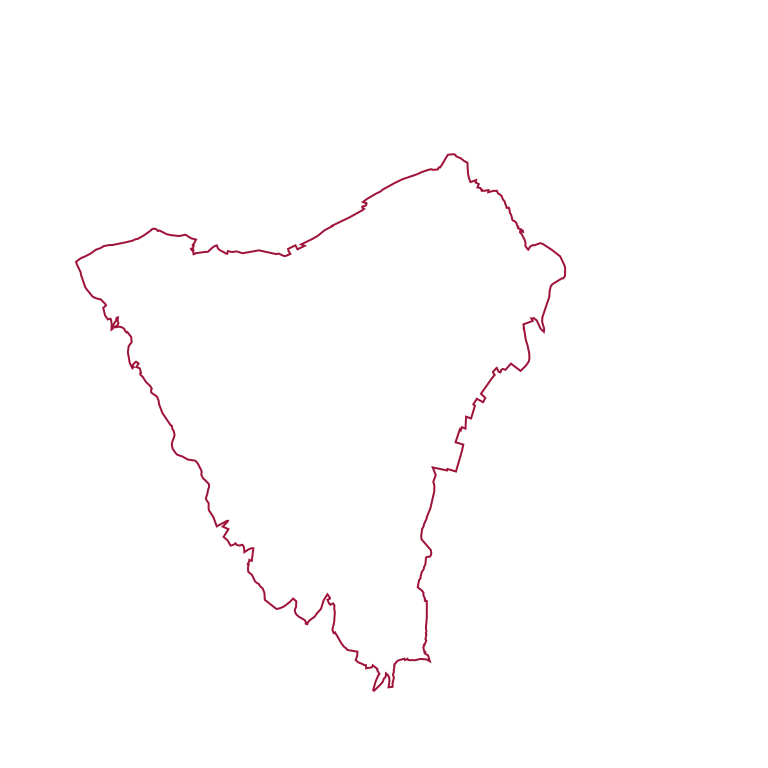 the district of Acatari, Mures, Romania, rotated 59°
{"feature_id": "2599482B54734654419593", "entity_name": "Acatari", "entity_type": "district", "adm_level": 2, "iso_a3": "ROU", "parent_name": "Romania", "parent_adm1": "Mures", "projection": "mercator", "projection_center": [24.657, 46.46], "detail": "fine", "context": "isolated", "style": "outline", "palette": "rose", "viewbox_px": 768, "rotation_deg": 59, "n_neighbors": 0, "source": "geoboundaries", "source_scale": "gbopen_adm2", "svg_char_len": 6141}
<svg xmlns="http://www.w3.org/2000/svg" viewBox="0 0 768 768"><g transform="rotate(59 384 384)"><path d="M521.4,592.1L522.5,589.3L523.2,584.3L522.3,576.9L521.1,572.4L525.1,571.1L529.8,574.2L531.3,576.4L532.9,577.5L536.1,577.9L539.3,577.0L545.5,573.6L547.6,573.6L549.2,574.5L550.4,573.5L549.2,572.1L548.2,569.2L547.8,563.5L546.1,559.7L544.3,553.8L538.2,547.0L535.1,540.8L539.6,540.5L540.1,540.9L539.8,543.6L544.2,544.1L544.4,543.7L545.6,543.7L545.9,540.6L548.5,540.6L550.5,542.2L554.3,543.7L562.1,549.1L568.1,554.8L571.5,555.4L571.8,553.9L572.6,554.4L573.2,553.9L584.8,554.1L588.8,553.6L591.2,552.5L593.1,552.4L599.7,544.6L603.3,547.1L606.0,550.4L609.4,549.4L613.0,546.6L614.7,545.9L615.7,544.3L618.5,545.7L620.4,540.9L620.5,540.0L619.3,538.5L624.9,536.4L625.6,537.2L630.2,537.2L630.8,539.0L635.0,544.8L640.9,551.0L641.8,550.5L640.0,542.6L638.6,538.4L636.4,535.7L636.1,534.0L635.4,533.0L633.1,531.4L635.3,530.6L638.4,530.7L641.6,532.4L646.3,536.3L648.0,532.6L644.7,530.6L641.0,526.9L637.6,525.9L635.8,523.8L634.1,522.9L631.6,520.6L630.7,520.5L629.4,518.8L629.6,518.6L628.5,516.1L628.3,514.2L629.9,508.1L631.5,508.2L631.6,505.4L633.2,505.4L636.8,499.5L638.5,494.2L642.0,489.4L645.3,487.5L639.2,486.0L637.1,487.3L635.4,487.8L635.0,486.6L633.3,487.1L630.1,485.9L629.5,485.5L629.0,484.1L628.1,484.1L627.8,482.7L625.6,479.8L624.1,479.9L620.5,476.7L619.2,476.6L618.0,475.1L614.8,473.8L606.4,467.7L592.1,459.1L590.9,460.6L589.9,460.2L589.7,459.6L589.2,459.4L585.5,459.1L583.1,457.6L580.6,457.9L575.6,459.8L570.1,454.9L569.4,452.7L568.6,452.4L564.8,448.7L563.1,445.3L561.5,443.9L560.0,441.5L554.5,437.5L554.3,436.5L555.6,433.5L554.8,431.9L553.6,430.7L550.4,429.4L536.6,431.8L533.4,430.4L527.9,426.0L526.7,423.7L524.8,422.0L521.9,417.6L518.8,414.2L514.6,408.4L502.0,396.3L497.3,393.3L493.2,392.1L488.6,386.5L480.6,385.2L490.6,374.5L489.5,373.4L496.1,367.4L481.0,351.1L479.7,350.0L476.8,347.2L470.8,352.7L461.9,342.3L463.3,342.1L461.1,339.6L464.2,337.1L454.3,330.5L458.4,327.1L449.4,317.2L447.4,317.9L444.5,312.0L450.6,308.5L448.1,304.3L442.3,305.9L434.7,288.7L433.2,284.4L430.8,284.7L429.6,284.2L429.0,281.5L428.4,280.5L428.3,279.0L432.5,279.5L434.0,278.2L432.2,276.2L432.4,274.3L434.4,272.5L431.9,264.7L443.1,260.2L441.3,252.8L439.5,248.7L437.3,246.4L432.7,243.8L424.9,241.1L419.1,239.7L411.6,236.6L408.5,235.8L408.7,235.4L404.7,233.8L406.5,224.0L403.7,224.0L404.7,222.3L404.6,221.7L408.3,220.3L417.3,221.3L421.6,220.1L419.2,218.3L412.1,216.4L408.4,213.9L394.3,197.3L389.8,194.3L386.1,190.6L385.4,188.9L385.1,186.6L385.1,177.0L385.7,176.4L385.3,174.5L384.4,173.1L377.7,168.9L375.6,168.3L366.4,167.3L365.2,167.3L355.5,171.0L345.5,175.9L343.7,177.6L342.6,183.5L341.5,185.2L341.5,188.1L343.2,191.0L342.4,191.5L338.4,191.7L336.3,190.2L333.0,189.2L326.7,188.8L323.8,189.3L323.0,188.5L323.1,188.1L325.2,186.5L324.2,186.1L322.0,186.9L319.6,188.9L319.0,188.8L318.3,187.9L316.8,188.3L314.3,187.6L311.6,188.2L310.3,189.3L309.3,189.4L304.9,188.0L301.9,187.8L297.9,186.2L296.9,186.3L296.6,187.8L296.2,188.1L289.3,186.6L287.1,187.0L283.0,186.3L279.2,188.1L276.6,187.7L276.1,188.1L276.1,188.7L274.8,190.7L273.3,195.9L271.6,194.6L270.0,198.7L268.8,200.6L267.9,199.9L267.2,200.7L265.8,200.4L263.6,202.6L261.5,199.8L258.5,201.7L256.6,200.0L255.5,205.9L250.7,205.0L246.4,203.4L237.2,198.5L234.2,200.4L230.0,202.0L226.2,204.8L224.2,204.8L222.7,206.2L220.4,211.3L226.5,222.6L227.3,224.6L226.6,225.2L226.7,225.7L227.8,227.5L225.6,231.8L224.2,232.9L223.2,236.0L221.8,242.6L221.3,247.4L218.0,262.7L217.2,271.2L216.7,285.2L217.2,287.8L216.7,293.0L216.6,303.3L217.1,308.3L218.9,307.1L219.6,305.9L220.8,306.3L221.5,307.6L221.6,308.8L220.7,311.0L220.9,311.5L222.2,311.7L223.7,310.9L223.9,313.0L223.4,327.8L221.6,346.9L222.1,346.8L221.6,355.7L222.8,363.7L222.8,370.2L221.7,383.1L224.7,380.8L224.0,388.8L219.5,388.5L218.8,396.6L220.7,397.3L224.3,397.3L223.6,402.4L222.5,404.1L218.0,407.0L217.2,409.5L205.0,422.4L199.1,437.9L194.3,442.2L192.7,446.2L189.7,449.4L191.7,451.4L191.4,451.8L184.1,456.1L181.7,456.4L179.1,455.9L178.6,457.5L178.7,460.8L180.0,466.9L178.7,469.2L174.8,478.3L175.0,479.6L174.7,480.4L171.0,478.9L170.3,479.8L168.7,479.9L168.6,479.5L170.4,478.2L169.0,477.7L167.6,476.0L166.7,476.6L166.2,476.3L166.0,475.0L163.4,470.7L159.9,474.2L153.8,477.3L151.6,483.5L146.7,489.9L143.8,493.0L136.8,497.4L136.5,499.0L134.8,499.2L133.0,500.3L131.8,502.5L132.5,506.9L133.0,514.5L132.7,520.7L131.9,522.6L131.6,525.8L129.6,532.2L124.9,545.5L123.6,547.5L121.5,553.1L121.5,557.2L120.5,561.6L121.1,568.4L120.6,575.5L120.0,578.7L120.6,585.0L122.8,585.6L132.1,586.5L134.3,587.5L146.7,590.1L148.9,590.2L159.3,588.7L162.6,586.3L165.6,583.2L172.4,581.6L173.4,581.7L174.2,585.5L181.4,587.7L182.8,587.7L186.5,587.4L187.1,584.9L188.4,584.9L192.7,586.7L197.0,589.6L196.9,588.1L194.3,586.3L191.5,580.9L189.6,579.2L189.8,577.8L192.8,579.9L195.0,580.2L196.5,582.4L196.2,585.4L196.9,585.5L198.5,581.4L200.6,579.3L203.0,578.2L204.8,578.6L207.3,578.1L207.3,577.2L213.5,576.5L218.2,578.8L220.0,583.3L224.9,587.2L235.0,591.1L240.9,591.6L240.6,589.7L239.4,590.2L238.3,589.6L237.3,586.5L237.2,585.1L240.0,583.8L242.0,587.5L244.7,585.3L249.3,586.5L249.3,587.5L250.5,588.0L253.9,587.1L259.6,587.0L265.4,585.4L268.5,585.5L269.3,586.9L271.6,587.9L277.8,585.1L282.4,585.8L285.3,587.2L294.8,588.9L309.8,588.1L310.4,587.4L313.9,588.6L316.2,588.5L319.7,589.7L321.3,591.2L324.7,595.5L327.0,597.3L330.7,598.5L335.9,598.2L338.2,597.6L342.5,594.0L347.7,591.1L352.3,585.5L354.2,584.8L357.3,584.6L363.9,585.1L365.5,585.6L367.6,587.3L371.2,587.7L379.1,585.7L380.3,585.9L382.6,587.4L384.0,589.2L387.6,592.4L390.2,595.6L392.6,596.0L395.9,595.7L400.6,598.6L402.3,599.1L410.3,598.8L419.9,600.7L420.4,589.2L420.9,588.3L421.6,589.3L423.2,595.7L428.3,592.1L432.5,600.3L437.3,598.6L443.1,598.8L443.6,598.6L444.1,596.6L444.3,594.6L444.0,593.4L446.3,593.0L448.1,591.0L448.7,588.4L449.5,588.0L452.3,588.3L456.3,590.3L456.0,584.7L456.5,582.3L457.5,580.6L467.5,588.4L465.4,590.0L466.5,590.8L468.0,593.3L468.3,593.5L468.5,592.8L468.9,592.8L471.6,595.4L475.2,597.1L479.7,595.5L486.8,596.2L489.4,595.3L490.6,594.4L493.8,594.3L497.1,593.3L501.5,594.1L507.6,597.3L521.4,592.1Z" fill="none" stroke="#9f1239" stroke-width="2"/></g></svg>